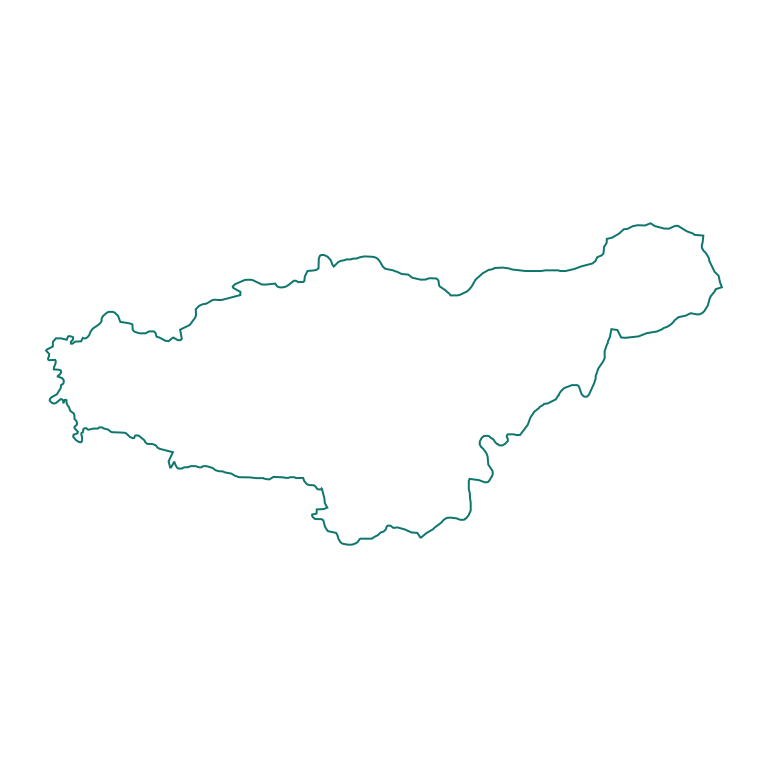 outline of Orotina, Alajuela, Costa Rica
{"feature_id": "36466004B51019647816434", "entity_name": "Orotina", "entity_type": "district", "adm_level": 2, "iso_a3": "CRI", "parent_name": "Costa Rica", "parent_adm1": "Alajuela", "projection": "orthographic", "projection_center": [-84.58, 9.893], "detail": "fine", "context": "isolated", "style": "outline", "palette": "teal", "viewbox_px": 768, "rotation_deg": 0, "n_neighbors": 0, "source": "geoboundaries", "source_scale": "gbopen_adm2", "svg_char_len": 6020}
<svg xmlns="http://www.w3.org/2000/svg" viewBox="0 0 768 768"><path d="M703.3,235.6L694.4,234.8L693.1,233.6L686.8,231.3L677.9,225.8L675.1,225.9L668.9,228.7L664.0,228.5L654.9,226.1L650.6,223.3L644.9,225.5L637.8,225.2L633.0,226.1L627.2,229.0L623.9,229.2L619.1,233.6L612.0,237.7L606.8,238.9L606.7,242.8L604.1,246.8L603.5,253.3L601.8,255.3L597.3,257.2L595.4,261.1L592.4,263.5L581.2,266.4L574.3,269.0L565.6,271.0L560.4,271.0L557.6,270.3L545.6,270.3L541.2,271.0L525.4,271.0L512.2,269.5L508.7,268.4L502.9,267.6L494.7,268.0L492.8,269.1L488.5,270.0L482.8,273.2L475.5,279.7L471.6,286.6L468.8,289.9L466.7,291.6L462.1,293.8L459.4,295.0L457.3,295.4L450.6,295.4L449.0,293.3L446.6,291.6L446.3,290.9L439.7,286.4L439.1,285.3L438.4,280.4L436.5,278.5L429.8,278.2L426.6,279.0L426.1,279.5L420.9,279.7L413.0,277.9L411.8,277.4L408.3,274.6L401.6,274.0L396.5,271.5L395.0,271.3L393.0,270.3L385.3,268.8L382.9,266.7L380.0,261.7L377.7,258.8L375.5,257.5L372.7,256.8L364.5,256.4L360.2,257.2L356.2,258.6L353.2,258.6L350.7,259.4L346.2,259.4L345.0,260.1L340.7,260.9L338.3,262.0L333.8,266.5L332.4,264.7L330.8,260.3L327.7,256.8L324.1,255.0L321.2,255.0L320.0,255.7L318.8,258.5L318.5,268.4L316.4,269.9L312.6,270.6L307.9,270.9L307.3,271.3L304.8,276.6L304.4,280.8L303.5,281.9L298.3,282.1L295.9,280.8L294.0,280.7L288.1,285.3L285.6,286.7L282.4,287.4L280.0,287.4L277.4,286.6L275.2,283.6L266.7,284.5L261.9,284.5L252.6,280.1L250.7,279.7L245.0,279.9L235.0,284.2L232.7,286.5L233.3,287.9L240.5,292.0L240.3,295.1L221.1,300.1L214.0,299.7L212.2,300.2L206.5,303.6L202.5,304.3L199.2,305.8L195.8,309.2L196.0,315.4L195.2,317.6L190.2,324.4L189.5,325.1L180.1,329.7L181.8,338.7L181.1,339.7L179.8,340.2L177.9,340.2L173.5,337.6L172.2,338.2L168.7,341.1L165.4,340.8L159.6,337.6L156.6,336.7L155.4,332.8L153.8,331.4L149.0,331.4L145.6,333.3L139.8,333.3L136.6,332.5L134.1,331.4L133.0,330.1L132.6,329.2L132.5,324.8L132.0,324.1L128.8,323.2L120.3,321.9L118.1,315.9L114.8,312.7L112.9,311.9L108.5,311.9L106.1,313.3L102.6,316.5L101.6,318.8L101.6,321.2L100.6,322.7L99.0,324.4L92.7,328.7L90.7,331.4L89.2,335.1L87.4,337.3L85.8,338.3L83.4,338.3L82.8,337.9L81.1,341.3L74.9,341.7L72.7,343.6L71.1,343.7L70.8,341.9L72.9,339.6L73.2,337.4L71.8,336.6L69.0,336.1L68.1,336.5L66.7,339.7L60.7,338.3L55.9,338.3L52.9,341.9L52.8,346.5L46.9,349.5L46.1,350.6L49.2,353.9L48.9,356.6L48.0,358.4L48.3,359.7L49.0,360.2L55.2,359.9L55.6,360.6L55.7,363.0L53.9,367.5L53.8,369.4L59.4,369.8L60.8,370.5L61.2,372.2L59.7,374.6L57.8,375.9L57.7,376.5L62.1,378.1L63.7,380.2L63.8,382.1L63.1,383.8L61.2,385.0L60.6,388.3L56.9,394.3L51.3,397.4L49.9,399.1L49.7,400.7L52.1,403.0L54.3,403.6L56.1,402.9L60.7,399.1L61.6,399.1L63.0,400.3L63.4,403.4L64.6,400.0L65.9,399.8L66.5,400.3L66.5,402.7L67.7,405.7L68.9,407.0L70.2,410.8L73.8,413.5L74.4,415.5L74.5,418.9L76.6,421.3L77.0,423.0L76.8,424.8L74.6,426.7L74.4,427.5L74.6,428.3L77.8,431.6L77.7,433.0L75.7,434.1L73.6,434.6L73.2,436.8L76.0,440.1L79.1,442.1L81.3,442.1L82.1,440.5L82.1,437.1L81.4,435.1L81.4,433.2L83.0,432.0L83.3,429.2L84.3,428.4L86.1,428.1L88.0,429.6L89.4,429.6L92.9,428.6L97.7,428.6L99.3,427.4L102.2,427.4L103.3,428.3L108.4,429.7L110.4,431.5L112.1,432.2L124.3,432.7L125.9,433.2L130.2,437.1L132.8,438.2L134.1,438.0L135.0,435.7L136.3,435.4L138.7,435.6L144.5,440.4L145.2,442.1L147.3,443.9L152.1,444.0L154.4,444.7L155.6,445.2L157.7,447.7L159.6,448.8L172.9,452.2L168.6,461.3L170.2,467.5L171.1,467.4L174.0,462.1L174.4,462.1L175.6,465.2L177.2,467.8L178.3,468.5L182.1,468.5L183.9,467.4L188.7,467.1L189.7,466.4L191.1,466.1L195.5,466.1L199.0,467.3L201.4,467.3L203.2,466.1L206.6,466.2L212.5,467.9L215.3,470.1L218.6,471.2L222.8,471.4L224.9,472.4L231.4,473.6L235.0,475.8L239.1,477.2L250.1,477.4L255.7,478.1L263.4,478.1L264.0,478.6L267.7,479.3L269.6,479.3L273.4,476.9L283.9,477.4L285.5,477.9L288.4,477.9L290.1,477.2L294.4,477.2L295.9,478.1L303.1,477.9L304.3,481.2L307.1,484.4L309.8,485.1L314.0,485.3L315.7,486.7L316.9,488.6L318.2,489.4L321.1,489.4L321.6,488.5L321.9,488.8L324.4,498.4L324.8,503.1L327.3,507.6L323.5,509.1L316.8,509.4L316.5,513.6L312.2,514.5L312.0,515.2L312.6,516.9L315.0,519.0L321.7,519.2L322.8,519.9L323.4,520.6L324.9,526.5L327.1,530.2L328.1,531.2L336.1,532.9L337.4,535.2L338.6,539.1L340.2,541.9L341.7,543.2L343.4,543.9L348.1,544.7L351.9,544.7L355.4,543.5L357.7,542.0L359.7,539.1L360.5,538.7L371.9,538.7L374.2,537.0L378.0,535.1L380.5,532.6L383.7,531.5L386.0,529.1L386.5,526.9L387.7,525.7L390.5,525.7L393.4,527.9L397.4,527.4L405.0,529.5L411.3,532.4L417.3,532.9L420.4,537.5L421.1,537.5L426.6,533.0L433.1,529.2L434.5,527.7L441.3,522.6L443.7,519.8L446.8,517.9L450.4,517.6L456.3,518.3L460.3,519.8L463.3,519.8L464.6,519.5L464.9,518.9L466.2,518.3L468.6,515.2L470.7,510.6L470.7,502.4L470.0,498.1L469.9,493.6L468.8,489.3L468.8,481.0L469.6,478.9L478.9,480.1L484.7,482.3L487.7,482.2L489.1,480.9L492.1,475.9L492.8,473.8L492.5,470.9L488.3,464.6L487.6,456.5L486.4,453.2L483.2,448.8L481.0,446.8L479.7,444.3L479.8,441.4L481.7,437.9L483.8,436.0L486.8,435.8L488.9,436.1L490.9,437.9L493.3,439.3L495.2,442.2L497.0,444.0L497.7,444.0L499.4,445.4L502.4,445.4L504.9,444.0L507.8,441.1L507.8,438.8L506.7,436.7L507.0,435.3L507.8,434.3L513.8,434.3L516.2,435.0L520.0,435.0L527.7,424.9L530.4,417.6L534.3,411.7L539.0,408.0L539.9,406.8L543.1,405.0L544.1,403.9L547.6,403.5L555.9,399.3L558.2,395.5L558.8,395.2L559.2,393.8L560.8,391.4L564.1,388.1L572.0,385.1L577.2,385.1L578.4,385.8L579.1,387.0L581.6,394.2L583.5,396.2L584.6,396.7L586.9,396.7L588.9,394.8L594.5,382.5L594.7,381.0L595.6,379.0L595.7,376.0L598.3,368.5L603.3,361.2L604.7,358.1L604.6,351.4L606.9,344.5L607.7,343.4L608.0,341.2L609.9,337.0L611.4,329.2L617.4,330.0L621.1,337.5L625.5,337.8L638.5,336.4L647.0,333.1L656.5,331.6L661.6,329.5L663.8,328.0L666.9,326.9L670.2,325.0L672.9,322.6L674.5,320.4L678.6,317.1L685.6,315.7L690.7,313.2L696.2,314.3L699.6,314.3L702.5,312.9L704.5,310.9L707.9,305.3L709.5,299.1L710.8,296.1L714.7,291.4L715.7,289.2L721.9,287.2L720.0,282.3L718.6,275.7L714.7,272.0L709.3,260.9L708.9,258.3L707.8,256.1L705.6,252.7L703.5,250.7L701.9,247.8L701.8,244.8L702.6,242.8L703.3,235.6Z" fill="none" stroke="#0f766e" stroke-width="2"/></svg>